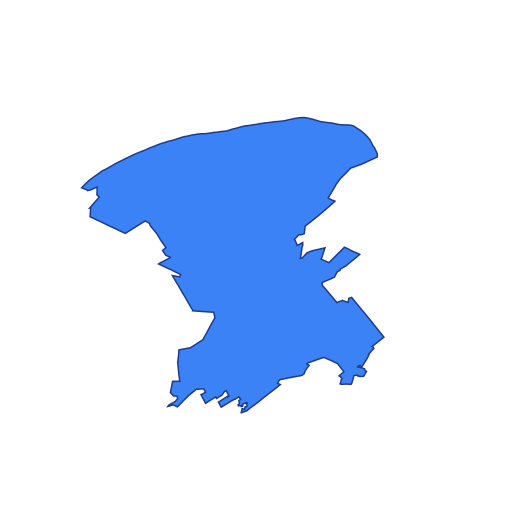 outline of Jumpravas pag., Lielvardes, Latvia, rotated 143°
{"feature_id": "27541924B27221718879632", "entity_name": "Jumpravas pag.", "entity_type": "district", "adm_level": 2, "iso_a3": "LVA", "parent_name": "Latvia", "parent_adm1": "Lielvardes", "projection": "natural_earth1", "projection_center": [24.983, 56.676], "detail": "fine", "context": "isolated", "style": "filled", "palette": "blue", "viewbox_px": 512, "rotation_deg": 143, "n_neighbors": 0, "source": "geoboundaries", "source_scale": "gbopen_adm2", "svg_char_len": 5959}
<svg xmlns="http://www.w3.org/2000/svg" viewBox="0 0 512 512"><g transform="rotate(143 256 256)"><path d="M99.6,262.1L97.8,264.3L97.5,265.0L97.5,265.5L97.0,267.2L96.8,268.4L96.4,270.4L96.2,271.6L96.3,273.2L96.0,275.4L95.8,276.0L95.5,277.3L95.4,278.5L95.1,279.8L95.1,280.9L95.2,282.0L95.2,283.2L95.6,287.5L95.9,288.8L96.2,289.7L96.4,290.9L97.1,293.7L99.4,299.8L99.9,301.1L100.5,302.1L101.5,303.3L104.2,305.7L105.8,307.0L107.2,308.1L108.5,309.1L110.1,310.6L111.0,311.5L115.7,316.9L116.9,317.9L120.8,321.7L123.8,324.8L124.5,325.6L125.4,327.0L126.7,328.8L127.6,329.9L128.8,331.6L129.7,332.5L130.6,333.8L131.7,335.1L133.1,336.4L133.4,336.9L134.0,337.4L134.5,337.8L136.0,338.9L137.7,340.0L140.1,341.3L142.5,342.7L144.5,343.5L148.2,345.3L150.2,346.1L152.5,347.2L156.8,349.8L159.0,351.1L159.8,351.8L161.4,352.6L164.4,354.3L165.2,354.8L166.6,355.5L168.4,356.7L170.4,357.8L174.5,360.0L176.3,360.8L180.2,363.0L182.3,364.0L185.4,365.9L187.9,367.2L189.6,367.9L195.8,370.3L196.9,370.9L198.8,371.6L202.2,372.8L204.3,373.6L206.2,374.7L208.4,376.1L210.4,377.2L212.5,378.3L214.0,379.2L215.3,380.2L216.9,380.8L218.6,381.8L220.1,382.6L222.2,383.8L224.0,385.0L225.4,386.1L226.7,386.9L228.3,387.9L229.6,388.7L231.1,389.4L232.9,390.3L234.0,391.0L236.3,392.0L238.6,393.0L240.8,394.2L243.0,395.1L244.7,395.8L246.5,396.4L251.5,398.0L255.7,399.8L258.0,400.8L260.6,401.6L262.6,402.4L265.0,403.2L270.5,404.8L272.5,405.2L274.2,405.8L276.3,406.4L278.3,406.8L280.5,407.2L282.2,407.7L284.4,408.4L286.9,409.1L293.0,410.6L299.6,411.9L311.0,414.1L314.0,414.5L316.6,414.8L319.8,415.2L322.3,415.5L325.1,416.0L327.6,416.5L330.7,416.6L333.5,416.6L336.0,416.7L338.1,416.8L343.7,416.8L346.4,416.5L349.3,416.2L354.2,415.4L351.1,410.3L351.1,409.5L350.1,409.1L348.2,408.3L346.6,407.9L341.5,406.8L343.4,404.0L346.3,400.5L345.7,397.4L355.2,395.4L359.9,394.4L359.0,394.0L359.9,392.9L361.7,390.9L364.9,387.2L362.6,382.9L361.8,381.3L359.2,376.5L357.5,373.1L354.9,368.0L353.5,365.5L351.5,361.8L350.2,359.2L348.2,355.4L346.8,352.7L335.8,351.8L323.5,350.7L321.3,346.0L322.0,344.8L322.1,343.0L322.2,342.8L322.0,339.5L321.8,334.2L321.8,333.3L322.6,325.8L322.8,319.6L322.8,317.0L327.0,316.6L327.3,316.6L327.4,314.7L327.6,311.3L327.5,310.8L326.0,308.0L325.1,306.5L325.4,306.3L325.7,306.3L337.9,308.3L338.6,308.3L337.3,305.8L333.4,298.4L333.3,298.1L332.7,297.3L327.4,286.6L329.6,285.3L334.0,290.2L334.5,290.7L335.6,281.9L335.6,281.0L335.6,280.5L336.5,273.9L337.1,268.7L337.5,264.4L337.8,262.9L337.9,262.6L337.9,262.3L337.8,262.1L338.2,259.8L338.5,256.9L338.9,254.0L339.2,250.4L339.5,250.3L330.7,242.6L323.7,236.6L324.2,235.1L326.0,231.4L332.3,228.7L335.5,227.2L343.2,223.6L345.6,222.6L348.8,221.1L362.6,222.1L363.8,222.3L374.0,227.4L378.8,222.0L382.4,218.4L388.5,208.5L392.3,201.8L398.0,206.1L401.7,202.8L406.6,198.4L406.1,194.0L405.9,193.7L403.6,191.8L404.1,189.4L407.7,188.4L415.5,189.4L416.9,188.9L414.9,188.1L413.8,187.7L411.8,186.9L411.6,186.7L410.9,185.4L410.7,185.0L409.6,182.8L402.3,183.8L402.0,184.0L395.8,184.8L394.4,185.0L393.3,185.1L388.7,185.3L387.5,185.4L387.0,185.3L383.7,185.5L382.4,184.4L379.4,182.6L377.7,181.3L378.4,177.4L383.4,178.4L384.7,170.1L385.0,168.8L385.0,168.7L376.3,168.0L373.0,167.7L373.3,166.0L366.8,165.4L363.0,166.7L360.9,166.6L361.7,161.0L361.7,160.4L363.5,160.5L363.3,161.1L374.0,161.9L374.3,159.4L374.5,158.1L374.6,157.6L374.8,156.2L365.7,155.3L362.7,155.1L362.3,154.9L359.1,154.6L359.1,154.2L354.3,153.8L354.6,150.7L356.7,150.9L357.9,148.1L359.9,148.0L360.3,147.0L357.9,145.5L358.4,144.8L357.2,144.1L355.5,145.5L352.4,145.0L352.8,144.2L351.6,143.8L353.3,142.0L353.9,141.4L355.4,142.2L357.5,140.3L358.9,142.5L361.9,139.8L362.0,139.9L362.1,139.7L357.3,138.1L356.9,137.9L351.1,138.1L343.4,138.0L329.4,138.4L324.4,138.4L313.9,138.7L314.7,140.1L315.2,141.5L314.7,141.6L312.9,142.5L312.6,142.6L311.2,142.8L311.1,142.7L309.4,142.0L308.8,141.6L303.4,139.1L294.2,134.5L293.2,133.9L292.8,133.7L290.8,133.0L288.3,133.0L286.2,134.5L283.2,135.6L279.4,136.7L280.3,139.3L279.2,139.4L278.8,139.3L270.5,136.7L269.9,136.6L262.9,134.2L261.6,132.0L259.3,128.0L257.8,125.1L255.6,120.9L255.5,120.5L255.6,119.6L255.5,110.6L261.8,110.3L260.9,106.8L264.1,104.5L265.8,103.3L265.1,102.2L264.9,102.0L262.9,100.7L262.5,100.4L262.0,100.1L261.1,99.5L259.8,98.4L258.3,97.0L257.6,96.6L257.0,96.3L256.2,96.7L256.2,96.8L255.9,96.9L255.2,97.4L251.5,100.1L251.0,100.6L249.7,101.5L247.0,100.1L246.3,99.1L246.8,98.7L246.0,97.8L246.0,97.7L243.6,95.8L242.3,95.2L237.2,97.3L237.5,98.1L237.8,98.9L237.8,99.1L237.2,100.5L239.1,103.5L241.7,106.3L240.7,106.7L238.6,105.8L238.5,105.3L238.3,103.8L234.2,105.3L230.9,106.5L229.6,107.0L225.8,108.8L225.2,109.2L225.4,109.7L219.7,110.9L217.5,111.2L217.3,113.6L217.5,113.9L202.7,114.2L203.2,132.0L203.3,136.3L203.9,149.9L204.3,159.0L204.5,165.4L207.3,166.3L210.5,163.5L213.4,168.0L213.6,168.3L213.7,168.6L214.1,168.6L214.4,168.6L216.9,169.5L218.8,170.1L219.4,170.0L219.7,175.2L219.9,179.5L220.1,182.4L220.3,187.2L220.3,187.5L220.8,192.4L219.0,195.0L218.9,195.0L216.2,194.3L208.5,192.4L206.2,191.9L205.8,192.0L203.8,193.0L201.3,194.3L200.7,194.4L197.6,194.0L196.3,194.8L191.8,194.2L191.6,194.2L190.3,193.9L187.8,194.1L184.9,194.3L181.1,194.4L179.3,194.5L177.8,194.5L176.0,194.6L174.4,194.8L172.6,194.8L172.1,194.9L172.4,195.5L175.1,200.2L177.0,203.5L177.2,203.9L177.2,204.2L177.3,204.6L178.7,207.2L180.1,209.8L201.7,206.8L205.9,214.2L200.7,217.7L196.0,221.0L208.5,226.6L213.4,227.7L213.4,227.8L220.1,226.6L220.4,226.6L221.9,227.4L221.3,227.9L214.0,235.2L212.7,236.1L211.7,237.0L210.6,238.6L216.7,239.6L215.4,244.6L215.4,246.1L209.0,247.2L207.5,246.0L206.2,245.4L204.0,244.8L198.8,250.3L190.3,250.4L181.7,250.7L168.9,251.5L161.5,252.1L160.9,252.1L160.1,252.1L159.9,252.2L162.0,255.6L162.4,256.5L162.8,257.2L163.3,258.5L163.4,258.9L150.7,264.1L150.0,264.4L149.6,264.8L142.2,267.0L135.8,267.9L132.6,268.4L127.4,269.2L127.1,269.1L126.3,268.8L122.3,267.6L121.4,267.3L121.1,267.2L118.9,266.6L117.1,265.8L116.2,265.7L99.6,262.1Z" fill="#3b82f6" stroke="#1e3a8a" stroke-width="1.5"/></g></svg>